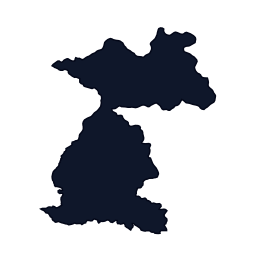 the district of Caraí, Minas Gerais, Brazil, rotated 97°
{"feature_id": "56859067B4076294409076", "entity_name": "Caraí", "entity_type": "district", "adm_level": 2, "iso_a3": "BRA", "parent_name": "Brazil", "parent_adm1": "Minas Gerais", "projection": "robinson", "projection_center": [-41.587, -17.164], "detail": "fine", "context": "isolated", "style": "filled", "palette": "ink", "viewbox_px": 256, "rotation_deg": 97, "n_neighbors": 0, "source": "geoboundaries", "source_scale": "gbopen_adm2", "svg_char_len": 5854}
<svg xmlns="http://www.w3.org/2000/svg" viewBox="0 0 256 256"><g transform="rotate(97 128 128)"><path d="M25.4,104.6L24.7,106.0L24.7,107.9L25.6,109.5L26.7,109.9L30.2,110.4L31.5,110.4L34.8,111.4L36.2,112.0L40.5,115.6L41.9,116.0L44.1,114.7L45.7,114.2L47.4,114.2L50.6,115.2L51.9,116.3L53.4,118.8L54.2,119.7L55.3,120.5L56.1,121.6L55.8,123.3L55.9,127.3L55.5,128.6L54.6,130.0L53.3,131.0L52.3,133.6L51.2,135.2L50.1,138.1L49.3,139.3L48.1,140.2L47.1,141.7L44.3,143.6L42.7,146.6L42.5,147.9L42.5,150.7L42.2,153.3L41.6,154.8L41.4,156.4L42.1,157.8L42.8,158.9L44.8,160.8L46.0,161.5L49.6,161.9L51.1,162.3L52.5,162.9L53.5,163.9L54.8,167.0L55.6,168.2L57.4,169.8L58.9,172.5L61.4,175.2L62.2,176.8L63.0,178.0L65.3,180.5L65.8,181.9L64.8,184.7L65.1,186.4L64.6,188.4L65.9,188.8L67.6,188.9L68.4,190.6L68.2,192.2L67.8,193.4L66.6,196.1L66.9,197.3L68.4,199.6L70.4,201.0L70.9,202.2L70.6,203.4L69.9,204.5L70.2,205.9L74.0,210.0L75.5,210.9L76.1,209.3L76.8,208.1L77.0,206.9L77.9,204.3L78.6,203.4L78.9,201.8L78.6,199.8L77.6,198.5L77.5,196.9L77.9,195.4L78.7,194.1L80.3,193.9L81.4,193.0L81.9,191.9L83.2,189.8L84.2,187.3L83.8,185.6L84.8,181.9L88.4,181.4L89.6,179.9L90.1,177.5L91.4,177.2L92.0,176.0L93.2,168.5L92.4,167.2L92.1,166.0L94.0,162.9L95.5,161.8L97.4,161.3L98.1,160.2L98.7,158.8L100.0,158.1L102.0,157.7L104.2,158.1L105.6,157.6L107.0,157.5L110.1,157.7L113.2,159.5L114.9,160.7L117.1,163.1L119.9,164.9L121.2,165.9L123.2,169.4L125.3,172.1L127.1,173.0L128.9,173.3L130.5,173.0L132.0,172.5L134.5,172.2L136.1,172.6L137.8,173.5L140.1,175.0L141.2,175.3L142.3,175.2L145.3,175.6L146.6,176.6L147.1,178.4L148.2,180.0L148.8,181.6L150.3,181.8L151.6,181.5L152.8,182.7L156.0,187.0L157.3,186.7L158.7,187.2L159.6,188.3L161.0,188.5L162.7,189.6L163.9,190.8L165.0,190.5L166.0,190.0L166.8,190.9L168.0,190.8L169.3,191.3L170.4,191.3L171.8,192.1L173.7,192.0L175.3,193.0L176.3,193.9L177.4,194.3L178.6,195.5L180.3,196.7L182.0,197.1L185.5,197.4L187.3,197.0L189.0,196.4L190.1,195.3L191.6,194.9L192.7,194.1L193.8,193.9L194.9,193.0L194.7,191.4L195.1,187.9L195.9,186.0L197.8,185.5L198.4,186.9L197.8,188.2L198.9,189.7L200.5,189.3L201.3,187.7L200.9,186.5L200.8,185.0L201.9,184.3L203.0,184.8L204.1,185.0L205.1,185.8L206.9,185.8L209.9,184.9L211.3,185.0L212.7,184.3L215.5,187.9L216.1,189.7L215.1,191.2L214.8,192.9L215.9,193.3L216.0,196.8L216.8,198.2L217.8,199.3L218.2,203.0L219.0,204.7L219.6,203.5L220.1,201.5L221.1,200.2L222.2,199.1L222.3,196.8L223.5,195.6L225.5,194.2L226.3,192.4L227.8,192.0L228.8,191.2L229.4,189.8L230.3,188.7L230.0,187.3L229.2,185.8L230.1,182.3L230.3,180.3L230.7,178.4L230.7,176.6L231.3,175.0L230.3,172.1L229.7,170.8L228.8,169.4L229.2,167.6L228.5,163.4L229.4,162.0L227.8,160.1L227.3,158.5L226.2,158.3L224.8,157.5L224.5,155.6L224.7,153.8L224.4,152.3L223.3,151.6L222.3,150.2L222.7,148.6L223.1,146.8L224.8,146.4L225.8,145.5L225.1,144.5L223.7,144.3L223.9,142.7L223.6,140.8L223.0,139.3L221.8,137.6L221.9,135.5L223.4,133.9L223.6,131.9L221.2,129.2L221.2,127.3L223.2,127.3L224.2,126.4L223.9,125.2L224.3,123.6L223.7,122.0L223.0,121.1L223.4,120.0L224.4,119.0L225.7,118.8L226.8,117.1L227.5,115.2L228.2,114.3L228.9,112.9L227.1,112.3L226.0,111.3L224.4,111.0L223.4,111.8L222.3,112.1L222.2,110.4L223.4,109.2L224.0,107.5L225.7,104.1L226.6,103.2L227.7,102.5L228.1,100.2L228.2,98.4L227.7,97.1L227.3,94.0L228.1,92.9L228.5,91.5L228.2,89.8L229.1,88.6L229.1,86.9L229.0,85.1L228.6,83.4L227.1,83.8L225.8,82.8L225.1,77.2L223.8,77.4L222.5,78.3L220.3,80.1L219.1,79.9L218.4,78.8L217.1,78.7L215.8,78.2L214.7,78.1L213.3,78.6L212.5,79.9L211.5,81.1L209.7,81.7L205.4,79.3L204.4,80.7L204.2,82.4L205.0,85.5L204.8,87.2L203.3,86.7L201.7,85.6L200.1,86.1L199.3,87.5L199.9,90.6L199.4,93.4L199.9,94.8L199.8,96.0L198.5,96.9L197.7,98.7L197.6,100.4L196.3,101.3L195.5,102.6L196.0,103.9L196.5,105.2L196.5,106.5L195.1,107.8L194.5,109.2L194.7,110.4L194.6,111.8L193.4,112.3L192.1,111.8L190.3,112.1L186.7,111.3L186.0,110.1L185.9,108.7L185.2,107.7L184.0,107.2L182.8,106.3L180.9,106.4L179.8,106.7L178.4,105.9L177.4,105.0L176.7,103.8L176.3,102.5L175.3,100.9L174.8,97.5L174.2,96.1L173.9,94.8L173.0,93.0L169.9,92.2L168.7,92.5L167.2,93.3L164.4,95.2L161.8,98.0L160.2,99.3L155.1,102.1L155.0,103.8L153.3,104.7L151.9,104.0L150.2,103.6L148.0,103.5L146.6,103.8L145.4,104.5L142.5,103.6L141.4,103.9L140.9,105.3L141.6,109.1L141.6,110.7L141.5,112.3L140.3,112.7L138.9,111.7L137.5,111.2L135.9,111.2L131.9,112.7L130.3,113.0L129.0,113.8L128.2,115.3L127.1,116.0L126.0,115.8L124.9,116.6L124.4,118.3L124.6,121.1L125.9,124.4L126.1,125.9L125.4,127.5L124.0,128.2L122.6,128.5L121.8,129.5L120.8,132.1L120.1,133.1L118.2,134.7L116.9,135.1L116.3,136.5L117.1,140.4L116.0,140.9L114.9,141.6L114.3,143.1L113.7,145.0L112.4,146.3L110.8,146.2L110.3,143.3L109.2,141.8L107.8,140.5L106.9,138.9L107.6,136.9L107.4,135.1L107.3,133.3L107.4,130.5L107.2,128.6L106.7,126.8L106.8,123.0L106.3,121.5L105.5,120.0L103.6,117.0L103.3,115.7L103.2,114.4L103.5,113.2L104.4,110.7L104.0,109.3L102.9,108.5L100.2,104.5L99.6,102.8L100.4,101.3L102.0,98.7L104.9,96.5L105.5,95.2L104.7,92.1L105.4,90.2L105.3,88.7L103.3,86.8L102.1,85.1L100.6,84.4L99.9,83.3L99.5,82.0L98.5,80.6L96.5,79.5L93.1,78.1L93.9,76.2L95.8,73.4L95.9,70.0L96.6,66.5L96.9,62.9L97.2,61.4L97.9,59.7L99.2,58.7L100.2,56.9L100.3,54.9L98.8,53.6L97.5,51.9L94.4,49.3L91.8,46.0L90.1,45.3L85.5,45.1L84.4,45.7L82.5,47.5L81.1,48.2L79.8,49.4L78.3,51.8L77.6,52.7L76.5,53.6L74.7,53.9L73.2,53.8L71.5,54.2L68.8,55.3L69.0,58.5L68.9,60.0L68.1,61.5L66.5,62.5L65.6,64.0L65.3,65.3L64.7,66.3L63.3,67.8L61.6,68.8L59.8,69.5L58.5,69.3L57.3,68.8L53.5,67.6L52.0,68.2L49.6,70.9L48.3,73.8L47.5,74.7L46.8,76.3L45.5,81.6L43.8,82.5L42.4,82.7L41.3,82.6L40.4,81.6L39.5,79.8L39.3,78.4L38.8,77.0L35.0,71.9L31.6,71.7L30.2,72.2L29.4,73.0L28.4,74.4L27.0,77.5L26.0,81.6L26.5,82.9L27.7,84.0L28.4,85.3L28.4,87.2L27.4,90.6L27.1,92.4L27.6,93.7L31.0,97.5L31.1,99.1L30.9,100.5L30.4,102.0L29.7,103.0L28.5,104.0L27.1,104.6L25.4,104.6Z" fill="#0f172a" stroke="#020617" stroke-width="1.5"/></g></svg>